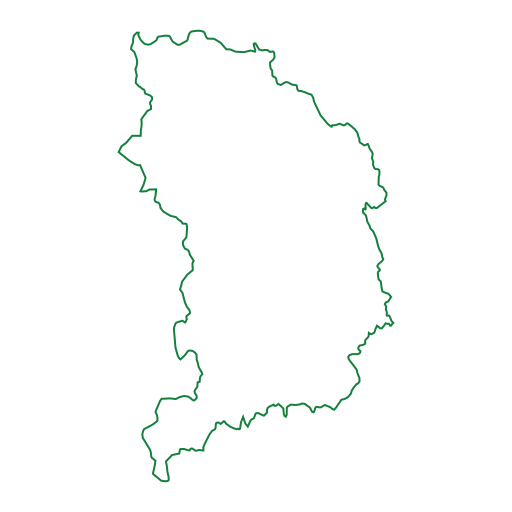 Bao Lac, Cao Bằng, Vietnam (Equal Earth projection)
{"feature_id": "81297802B7761745227660", "entity_name": "Bao Lac", "entity_type": "district", "adm_level": 2, "iso_a3": "VNM", "parent_name": "Vietnam", "parent_adm1": "Cao Bằng", "projection": "equal_earth", "projection_center": [105.716, 22.875], "detail": "fine", "context": "isolated", "style": "outline", "palette": "green", "viewbox_px": 512, "rotation_deg": 0, "n_neighbors": 0, "source": "geoboundaries", "source_scale": "gbopen_adm2", "svg_char_len": 6008}
<svg xmlns="http://www.w3.org/2000/svg" viewBox="0 0 512 512"><path d="M385.7,201.1L385.0,199.9L385.0,199.3L386.4,195.5L386.5,192.7L384.3,190.0L383.2,187.5L379.2,185.5L378.5,184.7L378.7,178.9L378.8,176.6L379.4,174.6L379.4,170.9L379.1,169.9L378.3,169.3L375.3,169.0L374.1,167.7L373.0,164.7L373.3,161.7L371.9,158.0L372.6,155.2L372.6,153.3L371.4,151.0L369.7,148.7L368.0,144.1L367.3,144.0L366.4,144.7L364.3,145.4L360.0,142.5L359.4,141.2L359.4,138.9L358.4,136.7L357.3,132.6L355.2,129.7L351.7,126.5L347.6,123.4L346.6,123.5L345.1,125.0L343.7,125.4L339.5,123.7L336.1,125.0L332.1,125.4L331.7,126.7L331.2,126.7L327.6,123.8L320.6,115.4L314.3,102.2L313.7,100.3L313.3,97.9L311.4,94.6L308.6,93.8L304.9,92.2L301.3,91.1L298.5,90.8L297.4,89.4L296.7,85.7L296.2,85.1L292.3,84.7L288.0,82.4L286.1,82.1L285.0,82.4L280.8,85.0L277.8,83.9L276.9,82.7L276.1,78.7L275.2,77.4L273.0,76.4L272.4,75.6L272.2,71.2L272.1,70.4L270.7,68.7L270.1,65.2L270.1,62.4L273.0,59.9L274.0,58.5L274.5,57.0L274.3,53.6L273.6,51.8L272.8,51.5L269.9,51.9L267.6,50.1L265.3,49.9L262.6,50.4L259.1,49.5L255.7,43.7L254.9,43.3L254.1,43.6L253.7,44.1L254.3,47.1L255.3,50.0L255.1,51.6L254.8,51.7L250.7,50.5L244.2,52.1L237.4,51.8L235.0,51.5L230.2,49.4L226.3,49.3L220.7,42.8L215.8,39.8L213.8,38.8L207.5,38.6L206.1,36.9L204.5,32.8L203.7,31.8L200.9,30.9L197.8,30.7L192.0,31.4L190.7,32.0L189.7,33.0L188.9,34.5L187.4,40.1L186.8,40.8L179.5,44.8L177.6,44.8L173.1,41.9L172.1,40.7L169.9,36.6L168.8,35.8L164.8,35.7L158.3,36.7L157.7,37.1L156.5,40.1L155.8,40.8L150.4,44.3L148.7,44.6L145.7,44.3L144.0,43.4L140.7,39.9L138.3,35.2L138.7,32.7L136.8,32.7L134.1,35.3L133.3,37.8L133.0,42.5L131.4,46.6L131.1,49.1L134.3,52.0L136.6,58.3L137.2,61.7L136.7,65.8L135.4,69.3L136.8,75.6L135.8,80.3L135.9,83.2L139.1,86.5L140.0,86.8L142.2,88.8L143.9,89.6L144.5,90.5L145.2,93.5L149.8,95.3L151.8,96.9L152.2,98.3L152.1,99.4L150.1,102.3L150.1,104.0L151.0,105.9L151.0,109.0L147.2,111.1L141.3,119.3L141.7,122.7L141.4,127.4L140.9,129.5L140.7,135.8L132.2,135.8L126.2,142.8L121.5,146.3L118.7,152.1L128.4,160.0L131.5,162.1L135.3,164.4L138.6,165.3L140.1,165.2L145.6,177.9L143.4,185.2L140.4,191.3L141.5,191.5L146.3,191.2L149.5,189.5L156.2,189.4L155.5,195.9L154.6,199.1L154.8,200.6L155.7,201.9L158.2,202.6L159.1,203.4L159.9,204.7L160.5,207.9L162.3,210.3L163.6,211.8L170.4,215.8L176.1,217.2L178.2,219.4L181.2,221.4L182.7,223.6L185.4,223.7L186.3,223.9L186.6,224.4L187.1,227.2L187.0,229.3L186.4,236.9L186.3,237.5L183.1,241.3L182.9,242.5L183.1,244.7L183.5,246.2L184.9,248.6L187.6,249.8L188.7,251.0L189.4,252.6L189.8,254.7L193.5,260.5L193.6,261.0L193.1,261.7L192.4,263.7L192.8,270.1L187.4,274.6L182.4,281.2L181.8,282.4L181.4,285.1L180.0,289.5L182.5,293.0L184.9,302.3L187.0,307.1L189.2,309.8L190.0,312.1L189.9,313.3L186.6,316.0L186.3,317.0L186.8,319.1L185.5,322.1L185.0,322.5L182.4,320.7L176.4,322.6L175.4,323.8L174.1,327.5L173.9,329.1L175.5,347.7L177.6,355.2L179.0,358.1L180.4,359.4L184.1,356.1L185.8,354.1L187.6,351.4L188.5,350.8L190.0,350.5L191.5,350.7L193.1,351.2L195.2,352.8L196.5,354.6L196.7,359.7L197.6,362.2L198.7,367.1L202.0,373.0L202.3,374.1L200.4,376.4L200.0,377.9L199.6,381.8L197.7,382.3L197.3,386.8L195.0,390.1L194.5,391.5L194.9,393.0L196.6,395.7L196.7,396.9L196.4,398.4L195.2,399.6L194.1,400.5L193.1,400.3L189.6,397.4L187.6,396.5L184.0,396.0L179.7,397.1L175.8,399.0L169.9,398.4L161.6,398.8L160.0,401.1L155.7,411.2L155.7,412.7L156.7,414.3L157.4,417.3L157.4,420.4L157.1,421.2L152.6,424.6L144.0,429.2L143.0,431.4L142.3,434.3L142.8,437.9L149.9,449.5L150.8,452.2L151.3,456.7L151.7,457.6L155.4,460.7L155.0,464.3L152.9,473.8L161.2,480.7L165.4,481.3L167.7,481.0L168.3,480.5L168.7,480.0L168.6,476.9L167.4,471.7L167.0,467.3L166.0,461.4L172.1,455.0L179.3,453.5L179.9,449.7L180.6,449.0L184.0,449.0L189.2,450.5L190.0,449.9L190.5,448.9L191.6,448.5L192.6,448.7L195.3,450.6L196.7,450.7L199.0,450.0L203.4,450.5L203.4,447.0L205.2,442.8L209.8,433.9L212.0,431.0L215.1,429.1L215.5,428.1L215.8,424.3L216.3,422.9L217.0,422.6L218.7,422.6L220.7,423.9L223.9,421.2L224.6,421.6L226.1,423.7L230.4,426.8L235.4,428.9L236.3,429.2L237.8,428.7L239.3,429.3L239.8,429.1L240.1,428.4L241.0,422.4L243.1,416.9L245.4,423.6L247.8,426.6L250.3,421.0L251.3,419.6L253.9,418.3L255.6,413.6L256.3,413.2L258.3,413.1L263.5,415.6L264.1,415.6L266.9,412.7L267.0,410.2L267.4,408.4L268.7,407.0L273.7,404.6L274.3,405.7L275.0,405.9L276.6,405.5L278.4,404.0L281.6,406.7L283.3,408.5L283.8,413.7L284.4,415.7L285.8,416.7L286.7,414.8L286.8,408.4L287.0,407.4L287.5,406.7L290.8,404.6L295.2,405.0L299.6,404.5L302.1,403.5L304.8,403.9L309.9,407.6L312.1,411.8L313.6,412.3L314.1,411.8L315.3,407.8L315.7,407.3L316.7,406.8L319.6,407.4L320.8,407.3L324.8,405.0L330.3,407.2L332.2,408.9L334.2,409.7L336.2,407.4L341.4,399.7L344.1,399.2L347.9,397.2L348.9,396.0L350.9,393.6L351.7,390.8L353.7,387.5L356.7,384.0L357.7,383.7L358.5,382.9L359.5,381.4L359.4,377.9L357.4,373.0L356.9,370.6L356.1,368.9L348.9,359.4L348.4,358.1L348.4,356.7L348.9,355.8L349.5,355.2L352.2,354.1L358.0,354.1L359.8,353.0L360.3,352.1L360.4,351.0L359.3,350.3L358.3,348.9L358.5,347.0L359.7,345.5L362.4,345.1L364.9,344.0L365.2,343.2L365.2,340.7L365.6,339.7L368.0,337.3L368.6,336.2L368.9,332.9L370.5,333.9L371.7,334.0L373.7,333.1L374.6,331.9L375.5,328.9L377.0,325.7L380.2,328.3L381.7,328.4L384.7,324.8L385.6,323.3L386.9,323.8L388.8,323.7L390.3,325.8L390.8,325.7L393.3,322.8L391.5,321.0L389.6,316.3L389.0,315.5L386.9,315.7L386.7,315.4L386.9,312.5L385.9,309.4L386.2,306.5L384.8,304.1L385.7,302.6L386.5,302.0L388.2,301.5L391.1,296.9L388.4,293.7L386.4,293.2L382.5,291.5L381.7,288.7L380.9,282.2L380.5,281.1L378.7,279.5L378.4,278.3L377.8,273.3L378.1,271.9L379.7,270.5L379.9,269.8L377.6,266.9L377.3,266.0L378.4,264.1L382.1,261.0L383.2,259.5L383.2,259.0L382.3,257.2L381.6,253.5L379.5,249.7L378.3,246.7L376.3,238.5L373.6,232.2L372.5,230.6L370.4,228.6L369.4,225.3L367.4,221.9L366.0,215.5L363.0,212.4L362.8,211.6L363.2,208.9L364.2,208.5L365.2,209.4L365.7,209.1L365.5,205.3L365.7,203.8L366.2,202.9L366.6,202.9L371.1,207.8L372.1,208.2L374.3,207.0L375.1,207.9L376.9,208.0L385.7,201.1Z" fill="none" stroke="#15803d" stroke-width="2"/></svg>